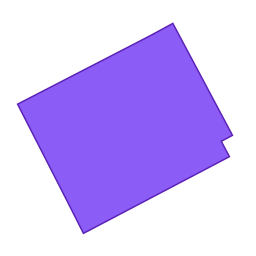 outline of Jack, Texas, United States of America, rotated 62°
{"feature_id": "52423323B71935080527637", "entity_name": "Jack", "entity_type": "district", "adm_level": 2, "iso_a3": "USA", "parent_name": "United States of America", "parent_adm1": "Texas", "projection": "equal_earth", "projection_center": [-98.116, 33.234], "detail": "fine", "context": "isolated", "style": "filled", "palette": "violet", "viewbox_px": 256, "rotation_deg": 62, "n_neighbors": 0, "source": "geoboundaries", "source_scale": "gbopen_adm2", "svg_char_len": 269}
<svg xmlns="http://www.w3.org/2000/svg" viewBox="0 0 256 256"><g transform="rotate(62 128 128)"><path d="M200.9,51.9L183.5,51.9L183.5,39.2L56.7,39.3L56.9,66.2L55.1,214.3L161.5,216.0L200.1,216.8L200.9,51.9Z" fill="#8b5cf6" stroke="#5b21b6" stroke-width="1.5"/></g></svg>